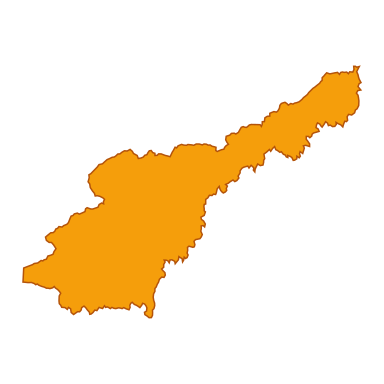 Bocaiúva do Sul, Paraná, Brazil
{"feature_id": "56859067B26330855043350", "entity_name": "Bocaiúva do Sul", "entity_type": "district", "adm_level": 2, "iso_a3": "BRA", "parent_name": "Brazil", "parent_adm1": "Paraná", "projection": "equal_earth", "projection_center": [-48.883, -25.099], "detail": "fine", "context": "isolated", "style": "filled", "palette": "amber", "viewbox_px": 384, "rotation_deg": 0, "n_neighbors": 0, "source": "geoboundaries", "source_scale": "gbopen_adm2", "svg_char_len": 5732}
<svg xmlns="http://www.w3.org/2000/svg" viewBox="0 0 384 384"><path d="M359.3,66.5L356.7,67.2L355.4,66.3L353.7,66.3L354.0,69.4L352.8,72.1L349.7,71.8L348.4,73.7L346.7,72.1L344.2,72.4L342.4,72.0L340.6,72.5L339.5,74.4L337.5,72.4L334.6,72.9L329.8,73.9L326.7,72.8L325.1,74.5L323.7,76.2L322.2,77.6L322.1,80.5L320.8,81.5L319.6,83.3L316.9,85.4L314.7,87.2L313.0,88.3L310.9,90.4L308.7,92.6L307.5,94.4L305.5,96.1L303.5,97.6L302.0,99.4L299.1,101.8L296.6,102.7L294.6,103.1L293.0,104.1L290.8,103.5L288.3,105.1L286.8,103.5L285.0,102.3L283.2,102.8L281.3,103.5L279.9,105.3L279.4,108.2L277.9,110.9L276.5,112.1L273.9,111.6L271.6,112.5L269.8,113.3L269.8,116.1L267.3,116.3L264.9,117.8L264.4,121.6L262.3,121.7L262.2,124.2L261.4,126.4L260.1,124.7L256.9,124.6L251.2,124.5L249.3,125.0L247.8,126.4L246.5,127.4L244.6,127.2L243.2,126.6L241.3,127.3L239.9,129.7L238.4,132.4L235.8,134.0L234.3,133.2L231.4,133.4L229.7,135.2L228.3,135.6L226.2,136.3L225.7,139.8L226.9,142.2L228.4,144.3L226.2,145.6L224.6,147.4L223.9,149.2L221.5,149.7L219.3,150.6L217.2,151.5L215.8,150.5L216.0,147.3L214.4,146.8L211.9,146.2L210.2,145.0L208.1,145.1L206.4,144.2L204.0,144.0L202.3,144.9L199.2,144.0L196.2,144.0L193.8,145.3L191.8,144.9L187.9,144.5L186.5,145.3L183.8,145.1L181.6,144.4L178.1,145.8L176.6,147.9L175.1,147.2L173.4,150.4L172.3,152.1L170.1,156.7L167.3,155.9L165.1,155.4L161.2,153.9L158.5,153.9L157.3,155.3L155.0,155.5L154.9,153.3L152.7,152.6L151.2,150.5L149.3,150.8L148.0,152.6L146.9,154.7L144.7,155.3L143.4,157.0L141.1,158.0L138.3,158.5L137.2,155.5L133.5,153.5L132.3,151.3L130.1,149.4L127.2,151.0L124.4,150.8L121.7,152.4L119.9,153.9L117.8,154.0L116.0,155.8L114.3,157.0L112.1,157.3L109.5,158.6L107.1,159.6L104.2,162.2L102.5,163.8L99.0,164.6L97.3,167.0L90.8,173.7L88.9,174.8L89.2,177.7L88.1,181.8L89.7,183.9L90.3,187.6L92.5,191.0L94.4,193.3L95.2,196.0L97.2,195.7L99.8,196.3L102.8,197.8L104.5,199.3L103.4,201.8L103.6,203.8L101.7,203.0L99.1,204.5L98.0,207.2L92.8,209.0L90.8,209.0L87.1,207.7L85.6,208.8L85.0,211.6L82.2,212.9L79.3,214.1L77.3,213.1L74.3,213.9L73.0,215.5L71.1,216.1L70.0,218.6L68.6,222.2L67.5,223.8L66.0,224.7L63.7,225.6L62.1,227.0L58.9,226.6L57.6,228.3L55.8,229.0L54.8,231.2L53.2,232.6L50.7,232.8L47.6,235.3L45.5,237.1L46.4,240.4L49.1,242.4L51.5,242.5L53.6,244.9L56.0,248.7L54.0,251.6L53.0,254.3L50.5,255.3L47.9,256.0L46.4,259.2L44.1,259.8L42.8,260.9L41.1,260.5L37.7,263.0L34.2,263.5L32.6,264.6L23.7,268.0L23.0,282.1L24.5,282.2L28.0,282.6L31.5,282.5L34.4,283.6L35.7,284.7L37.3,284.0L38.8,285.2L41.7,286.4L44.5,287.2L46.4,288.2L48.2,288.2L49.9,288.6L52.7,287.8L54.2,286.5L55.4,288.0L57.6,289.5L59.4,291.4L60.7,293.2L59.2,296.0L59.0,300.9L59.3,303.7L60.7,305.2L61.7,307.3L65.1,307.6L67.3,309.4L68.5,307.4L70.6,308.8L71.2,312.5L73.6,314.5L76.0,312.8L77.6,311.7L79.6,311.8L81.1,310.1L81.7,307.6L84.0,306.1L85.8,307.8L87.4,310.0L89.3,312.1L89.8,314.3L91.2,314.0L93.0,312.5L94.8,310.1L96.9,310.6L99.1,307.4L100.5,307.9L102.6,308.5L104.5,305.8L105.6,307.4L107.2,306.9L108.8,307.6L110.3,308.6L111.9,307.4L113.9,308.3L115.8,308.6L118.5,307.8L120.5,308.1L122.1,308.6L123.8,307.6L126.1,308.8L129.0,309.8L130.1,307.4L129.8,305.4L130.7,303.4L132.2,302.3L134.3,304.4L136.5,305.3L138.1,306.3L139.9,307.6L141.8,305.1L142.6,303.3L144.6,304.0L146.0,305.8L146.9,307.9L146.5,311.1L144.5,312.3L144.9,314.6L147.2,316.1L149.1,317.7L151.4,317.6L152.5,315.3L152.6,312.6L152.5,310.1L153.9,308.7L154.7,305.7L154.6,303.1L153.7,300.4L153.2,297.1L153.6,293.8L154.9,291.4L154.9,288.5L156.2,287.0L157.2,284.4L158.5,282.2L159.4,279.3L161.7,277.1L164.0,277.4L165.3,275.1L164.9,272.6L163.0,270.7L161.6,269.0L163.7,267.3L163.7,264.5L165.1,262.0L164.2,260.1L166.4,260.2L168.0,260.9L169.2,262.8L170.0,260.0L171.9,259.8L174.7,261.3L175.2,263.7L176.4,262.2L178.4,259.8L178.9,256.6L180.6,257.8L182.1,258.6L182.6,261.9L183.6,260.3L184.2,257.2L185.5,258.5L187.1,257.6L188.1,255.0L187.1,253.1L187.7,250.2L187.5,247.4L188.9,246.2L192.9,247.3L194.3,246.8L194.9,244.7L194.0,241.3L195.5,239.6L199.9,238.7L201.2,237.0L202.3,234.6L200.8,231.2L201.3,228.7L201.2,225.9L203.2,225.6L204.6,226.9L205.3,224.0L203.6,221.0L201.4,219.4L200.9,217.2L204.2,215.4L205.4,211.9L204.2,210.8L204.2,208.7L203.9,206.5L204.2,204.4L205.7,204.0L205.7,199.4L207.8,197.9L209.4,195.3L212.0,195.5L213.5,194.1L215.6,194.5L216.3,192.8L217.1,189.0L219.2,186.4L219.9,188.9L220.8,190.6L222.0,192.0L223.3,193.0L225.3,192.0L226.7,190.4L226.3,188.4L227.4,186.1L225.6,184.4L228.2,183.3L230.0,181.8L233.0,180.0L234.8,181.6L236.8,180.6L238.9,178.0L238.1,176.1L240.1,172.9L240.1,170.8L241.9,168.3L243.5,167.3L245.8,166.6L247.8,166.1L249.0,168.0L251.1,165.3L253.8,167.8L253.4,170.2L254.8,171.9L255.1,169.3L256.0,167.3L257.7,164.0L260.3,165.6L263.0,165.0L263.6,162.4L263.7,160.2L264.7,158.7L263.9,154.1L266.6,152.1L269.4,149.5L270.7,151.3L272.6,148.5L274.6,146.6L275.8,149.7L277.3,150.4L279.9,152.3L281.3,151.7L283.4,154.3L285.2,155.0L286.3,156.9L287.8,157.5L287.7,155.4L290.4,156.5L291.9,157.6L293.2,160.4L294.6,160.2L296.8,158.8L296.9,156.2L299.2,157.8L300.3,156.2L299.5,153.6L300.1,151.6L302.7,153.5L304.3,148.2L303.4,145.8L305.7,145.3L309.6,146.5L309.6,143.9L307.5,140.8L306.2,139.2L306.3,136.4L308.4,136.4L309.8,137.7L311.7,136.1L312.1,134.2L313.5,133.0L319.1,131.4L318.2,129.0L316.0,127.6L316.5,124.9L317.5,122.9L319.8,124.1L320.8,125.8L322.1,127.1L324.2,124.1L325.6,121.7L327.5,123.1L328.4,125.6L330.3,125.1L332.5,126.6L334.8,126.4L336.3,124.4L336.1,122.4L338.0,123.6L340.7,124.8L342.8,126.9L343.7,123.8L344.8,121.2L346.5,121.6L347.6,120.3L347.1,116.8L348.6,114.4L351.7,115.0L354.6,112.8L355.4,110.0L357.1,108.8L358.7,105.6L358.9,100.9L358.5,97.8L358.0,95.2L356.4,93.1L357.8,90.6L360.8,90.0L358.0,86.6L359.1,83.7L361.0,82.6L359.2,79.2L358.5,77.1L358.0,74.7L356.7,71.7L358.0,69.0L359.3,66.5Z" fill="#f59e0b" stroke="#b45309" stroke-width="1.5"/></svg>